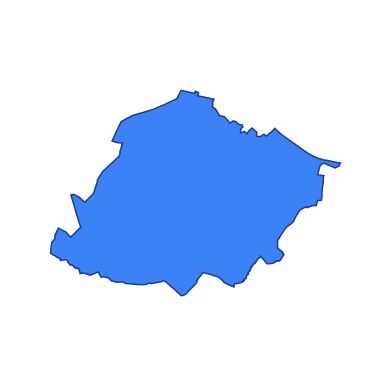 Cēres pag., Kandavas, Latvia (orthographic projection), rotated 168°
{"feature_id": "27541924B40515635146837", "entity_name": "Cēres pag.", "entity_type": "district", "adm_level": 2, "iso_a3": "LVA", "parent_name": "Latvia", "parent_adm1": "Kandavas", "projection": "orthographic", "projection_center": [22.846, 57.111], "detail": "fine", "context": "isolated", "style": "filled", "palette": "blue", "viewbox_px": 384, "rotation_deg": 168, "n_neighbors": 0, "source": "geoboundaries", "source_scale": "gbopen_adm2", "svg_char_len": 5755}
<svg xmlns="http://www.w3.org/2000/svg" viewBox="0 0 384 384"><g transform="rotate(168 192 192)"><path d="M167.9,289.7L168.8,288.0L169.6,288.3L171.5,289.1L181.5,293.6L181.6,293.4L182.6,292.4L187.6,286.3L192.8,285.1L198.7,283.8L200.8,283.2L208.0,281.9L210.6,281.1L214.0,280.8L225.7,279.8L230.1,279.5L233.9,279.2L235.0,279.1L237.0,278.3L241.0,277.4L242.6,276.8L246.7,275.5L253.6,266.6L259.6,258.4L256.2,256.6L253.8,255.4L249.6,254.4L251.0,252.5L252.0,250.0L252.1,249.9L254.2,246.3L254.5,244.4L256.1,242.0L258.7,240.5L262.8,238.0L274.6,230.9L276.3,229.4L280.6,225.0L282.2,223.3L281.9,222.7L284.4,218.4L286.4,215.0L287.3,213.1L288.6,211.1L295.4,206.6L299.0,204.3L303.9,210.9L306.7,213.1L308.7,214.4L311.0,214.4L310.9,212.7L310.4,206.7L310.1,203.3L309.9,198.8L309.0,188.4L308.8,185.5L308.2,180.6L308.2,180.4L309.8,179.7L310.0,179.6L310.1,179.4L312.4,178.1L316.4,175.2L318.2,174.3L320.2,173.1L323.9,179.4L326.4,181.3L326.6,181.3L326.7,181.5L329.4,183.7L329.6,183.9L330.2,184.4L331.1,183.3L334.8,178.5L335.8,175.2L336.0,174.4L337.2,173.7L339.4,172.2L340.6,169.3L343.1,161.7L341.5,159.9L340.6,159.0L339.5,158.5L339.0,158.0L338.7,157.8L338.6,157.3L338.3,156.9L337.7,156.3L336.5,155.4L335.8,155.0L335.3,154.7L335.1,153.6L334.9,153.1L334.8,152.8L334.7,152.2L333.8,152.5L331.6,152.1L330.2,152.3L329.9,152.2L328.6,151.5L328.0,150.7L327.8,149.9L327.5,149.2L327.9,148.8L327.5,148.6L327.2,147.8L326.5,146.2L325.8,145.5L325.5,145.7L324.1,145.4L323.7,144.6L323.4,144.2L323.4,143.9L323.0,143.5L322.3,142.2L321.9,141.9L321.7,142.0L321.6,141.5L321.3,141.5L321.2,141.6L320.8,141.7L320.3,141.3L320.2,141.2L319.6,141.3L318.9,141.2L318.7,140.8L318.8,140.3L318.6,140.2L318.5,139.6L318.6,138.7L318.8,138.3L318.6,138.1L318.3,137.5L318.4,137.1L318.2,136.9L318.3,136.7L317.8,136.4L317.8,136.0L318.0,135.7L318.3,135.6L318.4,135.4L316.1,135.3L315.1,135.0L314.3,135.1L311.8,133.4L310.8,133.1L310.4,132.5L309.0,131.8L304.1,132.6L300.3,133.3L300.0,132.4L299.2,129.2L298.4,127.4L296.2,127.6L294.7,126.8L294.3,126.9L292.7,125.8L291.6,125.2L290.7,124.3L289.8,122.6L288.8,121.4L288.1,121.2L286.4,120.5L284.5,119.5L282.9,119.4L282.4,119.1L280.7,118.8L279.7,118.6L278.5,118.4L278.0,118.1L276.8,117.2L276.3,116.4L273.9,115.8L269.4,114.3L268.2,114.0L263.4,112.5L261.9,112.2L260.0,111.8L258.8,111.4L257.0,111.3L256.2,111.1L253.5,111.8L252.8,111.6L251.4,111.1L250.7,111.0L250.7,110.8L247.5,110.9L240.7,110.6L238.1,111.2L237.6,110.7L236.2,109.4L234.9,107.8L232.9,105.0L231.6,103.1L230.3,101.6L229.5,100.5L228.7,99.6L227.6,97.5L226.9,96.7L226.1,95.8L225.0,94.1L224.4,93.0L223.1,92.8L221.5,92.7L218.2,93.9L216.9,95.1L215.7,96.1L212.4,98.1L210.0,99.7L208.8,100.4L206.6,102.1L206.0,103.1L204.7,105.1L203.6,106.3L200.6,108.6L199.7,109.4L198.4,110.6L197.8,111.0L197.1,110.4L196.2,110.0L195.3,109.6L192.3,108.2L190.1,107.0L187.7,105.4L186.0,104.7L183.8,103.3L182.8,101.8L181.8,100.7L180.4,99.0L179.4,96.8L178.6,96.1L176.6,94.5L176.2,94.3L170.8,90.4L169.5,93.2L163.1,93.1L162.9,93.2L161.9,93.8L161.7,93.5L161.4,93.6L161.3,94.0L161.0,93.7L160.4,93.9L160.2,94.3L159.6,94.3L159.6,94.8L159.3,94.7L159.2,95.5L158.8,95.4L158.6,96.1L158.4,96.2L157.5,96.0L157.3,96.4L157.0,96.3L156.8,97.0L156.7,97.3L156.4,97.9L156.0,98.6L155.7,98.7L155.4,99.3L155.0,100.0L154.6,100.1L154.5,100.4L154.0,100.0L154.0,100.5L153.4,101.5L153.4,101.8L153.3,102.1L152.9,102.2L152.5,102.7L152.4,102.6L152.2,102.9L151.9,102.8L151.7,103.4L151.2,103.4L151.0,103.9L150.7,104.0L150.5,104.5L150.5,104.8L150.3,105.2L150.6,105.4L150.5,105.6L150.3,106.0L150.0,106.0L149.9,106.2L149.7,106.2L149.6,106.6L149.3,106.6L149.2,106.5L148.6,106.6L148.4,106.7L148.4,107.3L148.1,107.5L147.9,107.8L147.8,108.0L147.3,108.2L147.1,108.3L146.6,108.5L146.3,108.7L146.4,108.8L146.2,109.0L145.5,109.1L145.5,109.3L144.9,109.8L144.7,109.7L144.6,109.8L144.4,109.9L144.0,110.5L143.8,110.5L143.5,110.9L143.3,110.9L143.3,111.0L143.2,111.1L143.1,111.3L141.8,112.6L141.7,112.8L141.1,113.3L140.6,113.3L140.3,113.4L140.1,113.5L139.7,113.4L139.6,113.5L138.9,114.3L138.4,115.1L138.2,114.8L136.8,112.3L133.5,106.3L133.3,106.1L131.4,105.8L128.0,105.5L126.9,105.6L125.4,106.0L124.3,106.8L124.0,107.2L123.2,106.8L122.6,106.5L121.2,106.4L120.0,106.8L115.1,111.7L116.3,115.0L118.1,117.0L119.9,119.5L118.4,126.7L111.8,133.5L108.8,136.5L106.0,138.4L103.8,139.4L103.0,139.7L102.4,139.9L100.8,140.9L99.3,141.6L96.9,144.7L96.0,145.9L90.0,152.1L89.5,152.3L88.1,152.4L86.4,153.1L82.6,153.7L82.5,152.8L77.6,153.4L76.9,153.6L75.0,153.3L73.4,152.9L70.9,157.5L67.6,157.1L67.2,157.1L66.9,157.5L65.5,161.7L65.2,164.4L64.3,166.7L63.5,169.1L62.6,171.5L61.9,173.3L61.7,174.1L60.3,179.5L60.2,179.6L59.6,180.5L65.2,182.6L65.3,183.6L61.8,190.2L59.9,192.2L58.2,192.6L56.2,192.4L55.3,191.7L54.2,190.8L54.1,190.6L53.9,190.5L47.1,186.0L47.1,185.8L46.9,185.8L42.8,186.8L42.1,187.9L42.0,188.2L41.6,188.9L41.4,189.2L41.2,189.3L40.9,189.4L41.9,190.1L43.6,190.5L54.1,195.2L54.7,195.2L57.0,196.3L58.2,196.9L60.4,198.1L61.7,198.9L63.8,200.3L65.0,201.1L66.0,201.9L68.0,203.6L69.0,204.4L70.0,205.3L71.9,207.2L89.3,226.0L91.0,227.9L91.7,228.7L92.7,230.0L93.6,231.1L94.3,232.0L95.1,233.1L97.7,237.0L98.4,236.5L102.0,234.2L105.4,232.5L107.5,231.2L109.2,233.1L110.0,233.5L113.6,232.0L117.4,233.1L116.1,237.0L117.6,238.7L117.8,239.2L119.9,242.1L122.9,240.4L123.4,240.3L126.0,237.5L128.1,240.3L129.9,240.0L132.3,239.7L130.9,243.9L128.7,245.0L128.9,246.7L129.0,247.3L131.0,247.8L132.3,248.4L134.4,251.6L135.2,252.1L136.7,252.6L136.7,252.9L140.7,251.6L142.2,254.8L144.6,258.7L149.4,261.3L149.8,261.6L149.6,262.6L149.9,263.1L150.2,263.7L151.2,266.7L151.4,267.5L152.1,268.9L152.6,269.5L154.6,270.6L153.5,273.2L153.6,274.0L152.6,277.1L151.9,276.9L151.3,278.2L160.8,282.5L163.9,283.8L166.6,285.1L165.3,286.8L164.8,287.4L165.2,287.9L167.7,289.8L167.8,289.6L167.9,289.7Z" fill="#3b82f6" stroke="#1e3a8a" stroke-width="1.5"/></g></svg>